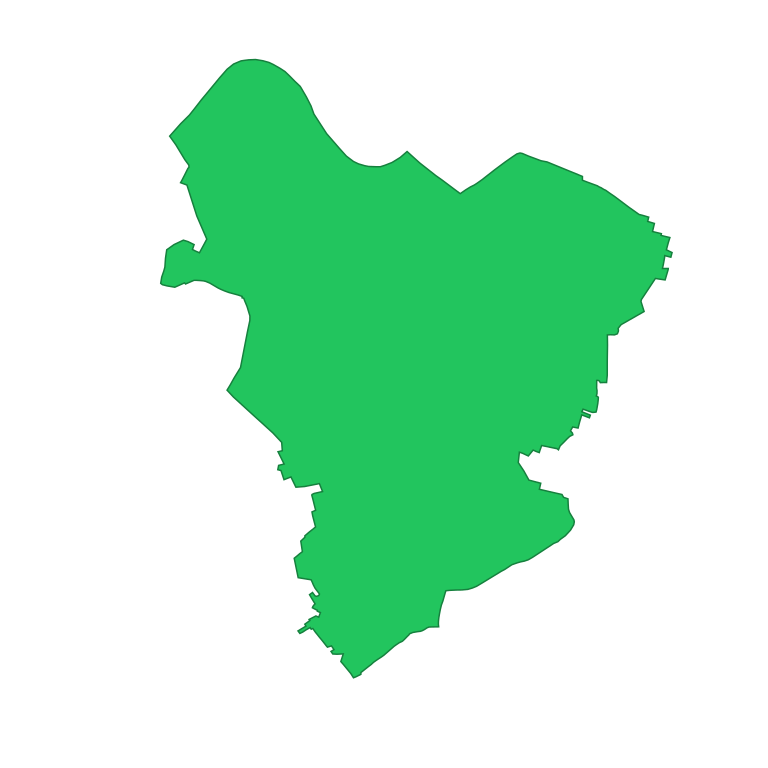 Van Giang, Hưng Yên, Vietnam (Natural Earth projection), rotated 101°
{"feature_id": "81297802B33082020704537", "entity_name": "Van Giang", "entity_type": "district", "adm_level": 2, "iso_a3": "VNM", "parent_name": "Vietnam", "parent_adm1": "Hưng Yên", "projection": "natural_earth1", "projection_center": [105.961, 20.93], "detail": "fine", "context": "isolated", "style": "filled", "palette": "green", "viewbox_px": 768, "rotation_deg": 101, "n_neighbors": 0, "source": "geoboundaries", "source_scale": "gbopen_adm2", "svg_char_len": 4864}
<svg xmlns="http://www.w3.org/2000/svg" viewBox="0 0 768 768"><g transform="rotate(101 384 384)"><path d="M151.5,405.5L151.4,405.7L158.5,411.3L163.5,416.7L165.1,418.5L169.1,424.8L171.4,429.0L172.3,433.6L173.4,440.6L173.4,444.6L173.2,446.6L172.8,451.0L171.4,456.4L167.5,464.4L160.7,473.4L149.2,488.1L132.4,504.3L125.0,508.7L117.1,514.9L109.2,521.8L107.8,523.1L104.0,529.1L99.8,535.2L96.2,540.8L94.1,545.9L91.5,553.6L90.3,558.2L89.8,564.5L90.0,572.0L91.6,578.6L93.0,582.9L94.1,586.0L98.6,592.7L103.8,597.1L105.0,598.1L114.8,603.8L126.2,610.0L139.9,617.5L148.6,621.9L156.5,626.0L157.1,626.3L167.2,633.2L181.6,641.7L188.9,634.0L201.8,622.3L206.4,617.3L208.6,616.8L209.7,617.6L217.3,619.7L222.8,621.3L225.2,622.1L226.3,615.4L254.8,599.8L275.6,585.6L280.9,587.2L290.4,590.2L289.5,594.3L288.5,597.7L283.4,597.0L281.6,603.6L281.1,608.4L287.2,616.7L293.7,622.9L302.1,622.5L311.0,621.4L315.0,621.7L321.5,622.6L327.8,622.4L328.8,620.5L329.1,615.6L328.9,607.8L322.8,599.1L323.7,597.9L318.5,590.3L318.0,587.7L317.5,583.9L317.2,580.8L317.3,578.6L318.2,574.2L321.3,565.5L322.2,562.3L323.1,558.0L323.7,554.2L323.8,553.5L323.8,553.4L324.5,544.0L325.1,539.9L326.5,539.8L326.6,538.0L328.5,536.9L334.1,533.2L342.8,528.6L347.2,527.8L358.7,528.0L395.2,528.0L406.7,532.3L414.3,534.8L420.0,536.9L425.6,529.2L439.2,506.9L453.2,483.8L460.8,473.3L468.9,471.1L470.7,475.1L481.6,466.8L484.0,471.9L488.4,471.9L488.6,468.6L497.0,463.9L493.0,457.6L502.1,450.8L499.8,442.4L494.1,428.4L501.3,423.8L504.8,431.8L506.2,433.6L507.0,433.6L512.4,431.0L515.9,429.4L521.0,427.0L523.3,430.3L526.9,428.9L537.4,423.9L541.2,427.1L543.9,429.4L548.1,432.7L549.5,432.4L554.1,435.7L564.2,432.1L566.7,434.4L569.1,436.3L572.2,438.9L590.5,431.3L590.1,418.2L591.7,417.0L594.7,415.0L597.1,413.1L597.7,412.6L602.4,407.3L603.2,407.3L604.5,408.2L605.3,409.7L605.2,411.2L602.3,414.4L603.2,415.2L604.0,416.0L605.0,416.9L608.1,414.2L613.0,409.7L614.3,410.6L615.8,411.3L617.3,411.6L618.3,408.4L618.8,406.3L619.7,406.2L620.2,404.3L620.5,402.8L625.3,403.6L624.7,406.6L629.4,412.6L630.3,411.6L634.9,415.9L636.6,414.4L639.7,417.9L642.8,421.3L642.9,421.2L644.9,419.0L643.0,416.4L640.2,413.6L637.2,410.0L638.6,408.7L637.6,407.2L640.9,403.8L642.7,401.6L644.7,399.3L647.9,395.4L650.6,392.3L652.1,390.6L653.1,389.3L651.1,385.6L654.3,382.4L656.6,385.0L658.8,382.8L658.2,378.5L656.7,372.5L664.7,373.4L667.2,370.2L674.4,361.5L678.2,357.9L676.8,355.7L673.4,351.3L671.6,351.6L670.6,350.7L667.9,348.4L664.4,345.4L661.6,342.9L660.7,342.3L659.0,341.0L658.4,340.4L657.1,339.2L655.0,337.1L652.7,334.7L650.3,332.4L645.7,328.8L639.5,324.0L637.3,321.9L635.9,320.5L635.0,319.6L634.2,318.5L633.6,317.6L632.8,316.7L631.3,315.6L629.7,314.5L627.2,312.9L625.7,311.8L624.3,311.2L623.6,310.1L622.4,308.3L620.7,303.8L619.8,301.0L618.8,299.3L617.2,297.3L615.2,295.3L614.0,293.5L613.5,291.4L612.7,287.7L612.3,285.6L611.9,284.0L609.3,284.8L606.3,285.3L602.7,285.6L598.5,285.7L594.8,285.7L590.1,285.5L585.8,284.8L577.5,284.1L575.1,283.8L574.0,280.1L572.5,274.0L571.3,268.3L569.6,262.5L567.4,258.3L564.9,254.5L559.5,248.5L545.5,233.2L543.0,230.1L537.0,224.0L534.2,219.2L532.6,216.1L531.1,212.5L529.0,208.8L525.7,205.0L517.4,196.5L508.1,187.0L505.6,183.2L502.9,181.3L498.3,177.0L491.8,173.0L486.0,170.9L483.0,170.9L481.2,171.6L474.8,177.3L471.7,179.0L466.7,180.3L461.6,181.5L461.0,186.1L458.5,188.2L458.2,197.8L457.7,211.4L451.5,211.2L450.7,223.4L442.7,230.1L435.5,237.2L425.1,238.1L425.6,234.6L427.1,228.6L420.4,225.0L421.2,221.8L421.7,218.5L419.6,218.3L414.3,217.5L414.5,201.7L415.3,200.2L411.1,199.3L406.6,196.2L402.9,193.8L400.0,191.7L397.8,188.9L396.2,189.7L394.4,192.0L390.2,190.6L390.2,185.1L383.6,184.7L376.6,184.0L378.0,175.9L375.2,175.5L373.5,184.5L370.7,183.8L371.7,177.4L372.1,174.2L371.9,173.0L371.4,171.4L371.1,170.5L368.5,170.3L362.5,170.4L358.7,170.7L356.4,171.0L355.7,171.6L355.3,173.3L352.9,173.1L349.9,173.6L347.4,174.5L345.7,174.8L339.9,175.9L339.6,174.8L339.8,173.4L341.4,171.9L340.5,168.1L340.2,166.4L340.1,165.8L332.9,166.5L317.9,169.4L303.3,172.0L293.2,174.1L292.4,171.0L291.8,167.1L290.2,164.5L287.6,164.0L286.6,164.1L284.7,164.8L282.4,163.6L281.5,163.1L280.4,162.5L263.2,142.5L253.9,147.5L251.9,147.4L228.6,137.7L228.5,134.1L228.2,127.9L217.5,126.9L216.4,127.0L217.5,132.7L213.1,132.6L206.5,132.7L204.4,132.9L204.8,126.9L204.8,126.6L200.0,126.3L198.4,132.4L191.1,131.9L185.7,131.3L185.3,140.4L183.5,140.4L183.1,149.5L174.8,149.2L174.1,156.2L169.7,156.0L169.1,162.3L168.9,166.0L163.5,177.9L155.9,193.5L153.5,199.1L151.5,203.4L151.1,205.2L149.7,208.9L149.8,209.4L148.7,212.5L147.0,223.1L146.1,228.1L142.4,228.8L142.2,229.7L134.9,266.3L134.9,272.5L133.8,279.0L132.7,285.7L131.3,292.2L131.3,294.6L132.8,297.5L136.9,301.6L142.9,307.4L152.7,316.3L159.6,322.3L164.7,326.7L169.2,331.0L171.5,333.4L174.1,336.8L177.7,340.7L182.6,345.5L172.7,365.9L169.6,372.8L160.2,391.1L151.5,405.5Z" fill="#22c55e" stroke="#15803d" stroke-width="1.5"/></g></svg>